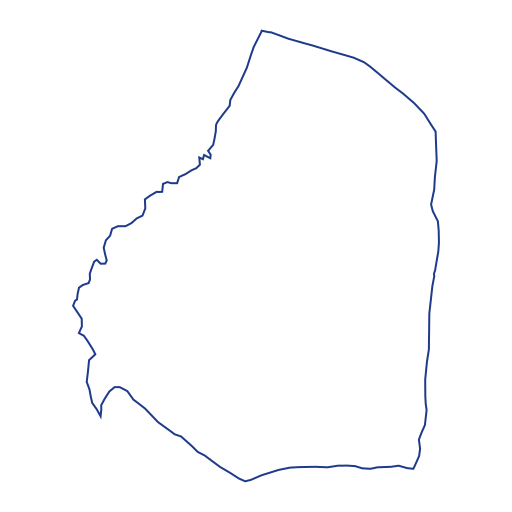 Trenbo, Grand Kru, Liberia (Natural Earth projection)
{"feature_id": "62588387B53229219679368", "entity_name": "Trenbo", "entity_type": "district", "adm_level": 2, "iso_a3": "LBR", "parent_name": "Liberia", "parent_adm1": "Grand Kru", "projection": "natural_earth1", "projection_center": [-7.882, 4.705], "detail": "fine", "context": "isolated", "style": "outline", "palette": "blue", "viewbox_px": 512, "rotation_deg": 0, "n_neighbors": 0, "source": "geoboundaries", "source_scale": "gbopen_adm2", "svg_char_len": 2260}
<svg xmlns="http://www.w3.org/2000/svg" viewBox="0 0 512 512"><path d="M75.1,300.7L73.1,305.8L76.3,310.6L81.7,318.7L81.9,326.4L78.9,333.1L83.9,335.8L87.7,341.2L92.9,349.5L95.3,354.3L89.1,360.1L87.9,372.1L86.7,381.9L89.5,389.5L90.7,396.2L92.2,402.9L96.8,409.4L100.6,416.3L101.3,409.4L101.2,405.3L104.6,398.9L109.4,391.4L114.7,387.1L119.7,387.1L127.3,391.1L133.4,399.6L137.0,402.3L145.0,408.5L158.1,422.2L168.1,429.4L174.7,434.3L181.1,436.5L190.8,445.1L192.0,446.2L197.7,451.9L204.7,455.5L210.7,460.0L220.0,466.9L229.7,472.6L238.9,478.5L245.2,481.3L247.1,480.8L250.8,479.9L261.7,475.2L265.9,473.9L278.7,469.9L290.1,467.6L299.5,467.1L315.4,466.8L327.5,467.3L337.9,465.7L347.3,465.6L355.0,466.1L362.2,468.3L370.4,468.8L377.6,467.3L391.1,466.8L398.6,465.7L407.1,468.1L413.3,468.8L414.5,466.4L419.1,456.1L419.9,450.2L420.1,448.9L418.9,439.6L421.6,432.5L424.9,425.1L426.6,410.1L425.7,403.6L425.3,395.9L425.2,379.6L426.9,362.4L427.2,360.2L428.9,349.3L429.0,337.7L429.1,333.6L429.1,332.7L429.3,314.2L429.4,312.7L432.4,285.9L434.3,276.0L433.9,274.0L435.1,270.3L436.7,260.8L438.3,251.6L438.9,243.3L438.9,240.5L438.7,230.7L438.2,224.8L438.1,223.8L437.9,221.3L432.9,211.4L432.5,210.1L431.1,204.5L432.5,197.7L434.2,189.6L434.9,176.8L436.7,161.2L436.0,142.7L435.6,131.6L430.4,123.6L424.4,114.0L422.9,112.3L414.1,103.1L402.8,93.4L395.0,87.5L389.2,82.6L384.4,78.6L377.0,72.3L376.1,71.6L370.5,66.9L364.3,62.4L353.7,57.7L345.1,55.2L330.7,51.1L312.6,45.5L305.6,43.6L288.6,38.8L271.0,32.3L268.9,32.2L261.7,30.7L261.3,32.0L253.7,47.0L250.9,55.1L246.9,67.6L238.5,86.1L234.1,93.0L230.3,100.0L229.7,105.7L223.4,113.8L218.2,120.8L216.8,123.1L216.0,125.2L215.8,131.4L214.4,139.3L213.2,144.8L208.1,150.8L210.7,154.8L210.3,158.2L208.1,157.1L204.1,155.0L202.9,159.2L199.3,157.5L199.9,164.7L196.3,168.2L191.5,170.3L185.7,174.0L179.1,177.0L177.1,183.2L171.4,183.2L167.4,182.1L163.0,183.9L162.2,191.8L158.8,192.0L156.7,191.8L150.3,195.5L144.9,199.4L145.3,208.4L142.5,215.6L136.7,218.4L131.3,223.2L125.5,226.2L117.9,226.2L112.1,228.8L110.1,235.7L105.9,240.3L103.7,247.7L105.1,254.2L106.7,260.5L105.3,263.6L100.6,263.7L96.8,259.8L94.2,261.6L91.8,267.9L89.8,273.6L90.0,279.6L88.6,283.1L82.8,285.0L79.0,287.7L77.6,294.0L77.0,299.5L75.1,300.7Z" fill="none" stroke="#1e3a8a" stroke-width="2"/></svg>